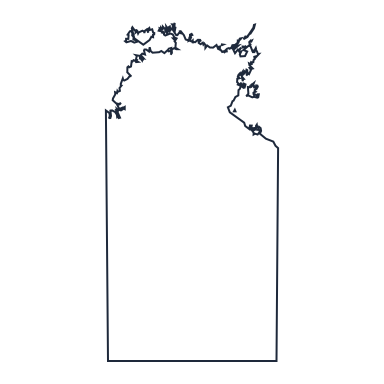 the border of Northern Territory
{"feature_id": "AUS-2650", "entity_name": "Northern Territory", "entity_type": "Territory", "adm_level": 1, "iso_a3": "AUS", "parent_name": "Australia", "parent_adm1": "", "projection": "natural_earth1", "projection_center": [133.869, -18.484], "detail": "fine", "context": "isolated", "style": "outline", "palette": "slate", "viewbox_px": 384, "rotation_deg": 0, "n_neighbors": 0, "source": "natural_earth", "source_scale": "10m", "svg_char_len": 5750}
<svg xmlns="http://www.w3.org/2000/svg" viewBox="0 0 384 384"><path d="M105.9,110.5L109.5,113.1L109.8,116.1L108.9,118.5L110.2,117.3L110.1,118.8L111.0,115.9L110.3,109.8L111.0,111.0L112.1,110.4L115.1,112.0L116.9,114.7L117.2,117.3L118.6,116.6L118.9,118.0L120.0,117.7L117.6,112.2L118.3,109.7L121.0,110.4L123.8,108.6L124.7,109.1L124.7,107.0L121.2,109.4L120.5,109.4L121.2,108.2L119.8,108.8L118.7,107.9L117.2,104.8L119.6,104.4L121.0,103.0L118.7,104.0L116.1,103.3L112.7,100.2L113.0,98.4L115.3,94.3L115.1,92.2L117.0,93.1L117.4,91.0L117.9,91.8L119.9,90.9L119.5,88.1L121.4,85.7L120.8,85.6L120.8,83.8L122.8,78.4L123.3,80.1L124.3,80.5L127.5,78.9L129.8,75.9L131.3,76.4L127.3,72.3L127.4,67.3L128.4,66.4L129.2,67.3L131.0,66.5L131.7,61.2L132.5,61.5L133.5,60.2L134.8,60.8L134.6,59.6L136.1,62.1L138.2,61.9L135.6,60.3L136.7,59.7L136.0,59.2L136.8,56.0L135.9,55.2L139.9,55.9L140.0,59.3L140.4,58.2L142.1,60.5L142.3,59.6L143.5,60.2L141.6,57.7L143.5,58.2L141.8,56.3L140.7,56.2L140.7,55.2L142.3,53.6L145.0,54.5L144.0,50.5L144.5,49.5L146.1,49.5L149.0,51.5L149.7,47.2L150.7,51.1L152.6,52.7L159.1,52.2L161.3,51.0L164.4,53.1L168.1,49.7L168.6,51.3L170.5,51.0L171.4,53.0L170.7,54.7L171.9,52.9L171.7,49.6L174.1,48.2L176.3,49.2L177.8,49.2L175.4,47.7L175.8,42.8L174.6,41.3L176.6,38.4L174.4,37.4L172.7,34.4L170.3,33.5L165.3,35.5L164.0,34.6L164.0,33.1L162.2,32.6L162.8,31.6L158.7,30.7L159.2,29.7L160.1,30.0L159.7,28.3L160.7,28.7L160.9,27.6L162.1,29.4L162.9,28.8L162.9,26.7L164.9,28.9L165.4,28.4L165.3,31.2L165.9,30.6L166.6,32.9L167.1,32.9L166.8,31.6L167.8,31.6L166.8,30.6L166.3,26.5L168.7,29.8L168.5,27.4L169.8,26.5L170.5,30.1L171.8,28.5L172.3,29.0L176.2,35.1L177.4,35.1L179.2,32.7L180.4,33.1L179.9,31.3L180.7,31.2L183.9,35.2L185.7,39.5L187.5,40.1L189.1,39.2L188.7,40.8L190.3,40.0L190.2,40.9L191.7,41.5L192.7,40.5L192.7,43.2L193.2,41.9L195.1,42.2L197.9,39.8L200.1,39.9L200.5,40.7L198.7,41.8L198.7,42.9L200.6,44.2L202.8,42.7L203.4,44.6L204.3,43.5L205.4,45.0L205.4,47.9L207.2,45.5L209.9,47.5L213.1,47.6L216.5,45.0L218.2,49.0L220.3,49.4L222.2,52.0L223.7,51.6L225.1,52.9L224.2,51.3L227.6,51.5L225.2,50.5L227.1,48.7L228.9,48.1L229.7,48.7L231.2,47.6L232.2,48.4L234.6,46.6L232.1,47.5L231.8,46.7L232.4,45.2L235.1,44.9L237.7,42.7L237.8,40.7L238.9,41.2L238.3,42.8L234.7,46.2L238.5,45.5L233.4,49.9L235.0,53.2L237.8,49.6L238.4,50.3L241.1,47.6L238.9,51.0L239.6,52.1L241.3,51.4L239.8,54.3L240.5,56.4L245.0,56.1L247.2,51.5L243.5,50.0L251.0,43.7L249.2,45.9L250.4,46.0L252.9,52.1L254.4,52.1L254.6,51.2L253.2,50.8L254.7,49.9L256.9,51.2L257.9,54.0L259.0,53.9L254.9,58.3L255.6,56.4L254.3,56.8L254.7,59.1L253.6,60.0L253.3,62.2L251.8,62.2L251.8,64.8L250.8,62.9L250.3,64.2L249.1,63.5L249.5,65.3L252.7,68.5L251.2,68.9L250.7,67.8L249.6,68.0L251.0,69.9L249.1,74.0L248.6,73.5L246.2,75.5L247.5,73.7L247.2,70.1L246.5,69.7L246.0,72.3L244.9,71.5L244.8,73.0L243.1,74.5L242.9,71.3L241.1,73.8L241.1,75.6L240.2,73.4L239.2,75.1L239.0,74.3L238.4,75.0L237.8,76.8L239.5,78.2L237.3,78.8L237.1,82.1L238.6,83.7L237.9,84.6L239.5,85.3L240.8,83.3L241.5,83.5L239.9,88.8L238.5,90.1L238.3,95.4L235.4,97.0L233.6,100.6L232.5,101.2L230.8,105.7L227.9,107.3L229.8,112.3L244.2,122.7L245.2,126.0L250.0,129.6L251.3,129.4L253.7,132.8L253.6,134.5L255.0,133.7L257.6,134.5L258.9,132.9L265.9,138.7L273.3,141.6L275.5,145.8L278.1,148.1L276.5,361.0L108.0,361.0L105.9,110.5ZM154.3,33.0L154.2,34.4L153.0,34.8L153.1,37.2L151.4,36.7L149.6,40.0L143.3,44.7L134.3,38.3L131.8,28.3L132.4,27.2L134.7,30.4L136.0,30.2L135.6,32.6L137.4,31.2L138.1,33.5L138.7,32.4L142.5,30.7L144.0,31.5L144.4,33.0L144.9,30.8L146.9,29.3L148.2,32.7L147.9,29.3L149.3,28.0L149.8,30.0L152.2,29.3L153.1,32.5L154.3,33.0ZM258.8,94.3L258.2,97.3L257.3,97.7L254.1,96.8L252.3,97.3L248.2,95.4L246.2,96.2L248.4,93.7L247.9,87.0L249.9,87.3L250.2,86.2L251.4,86.8L252.1,86.0L251.0,84.0L251.9,84.7L253.8,83.1L253.0,85.3L253.9,85.7L254.1,87.4L255.6,87.7L256.2,85.4L257.4,85.6L257.8,86.7L256.4,89.1L254.8,89.8L254.6,91.0L255.6,91.7L253.5,92.7L253.5,93.9L254.1,95.3L255.1,94.4L256.9,95.7L257.6,94.3L258.8,94.3ZM133.4,39.5L136.7,40.5L136.9,41.8L134.3,42.6L131.0,41.0L126.4,42.3L125.1,41.2L126.1,40.7L126.1,38.8L128.3,38.9L128.6,35.1L127.6,34.7L129.9,31.3L131.4,30.9L132.4,33.5L132.2,35.4L133.6,37.0L133.4,39.5ZM172.6,27.3L173.0,25.7L172.2,24.4L173.8,24.5L174.7,23.0L174.4,27.2L175.4,27.6L174.7,31.5L172.6,27.3ZM260.6,128.1L261.1,130.9L260.4,132.5L258.7,129.5L257.8,129.7L259.0,126.8L260.6,128.1ZM254.9,24.6L253.9,28.4L250.4,33.7L249.3,33.8L253.4,27.7L254.0,24.9L254.9,24.6ZM245.5,84.4L244.6,87.6L243.8,87.7L243.4,85.7L243.0,87.4L242.3,86.9L242.2,84.8L243.2,85.3L243.8,83.6L245.5,84.4ZM246.3,37.3L249.3,34.1L247.4,37.0L243.5,39.2L245.3,36.6L246.3,37.3ZM251.7,125.6L251.2,127.7L249.5,127.6L250.0,125.5L251.7,125.6ZM175.1,38.2L175.5,39.2L174.5,39.9L173.0,38.3L175.1,38.2ZM244.8,46.7L246.2,45.9L245.3,47.0L242.6,47.5L242.6,46.5L244.8,46.7ZM252.7,128.4L253.5,129.3L252.6,131.0L251.7,129.5L252.7,128.4ZM255.2,127.9L255.9,128.8L254.8,128.6L255.0,129.7L253.9,130.2L253.9,128.1L255.2,127.9ZM242.8,81.2L241.9,76.7L243.9,79.0L243.0,79.2L242.8,81.2ZM115.5,109.0L117.2,110.9L117.3,112.7L115.5,109.0ZM189.4,37.6L191.8,37.2L189.4,38.6L189.4,37.6ZM239.3,39.6L239.8,38.6L241.2,38.3L240.2,39.6L239.3,39.6ZM257.1,126.7L256.2,127.7L256.0,125.9L256.8,124.7L257.1,126.7ZM191.6,33.9L192.3,35.0L190.0,36.0L190.0,34.7L191.6,33.9ZM234.8,109.8L235.4,111.3L234.0,111.3L234.8,109.8ZM218.1,47.0L219.5,47.7L219.1,48.8L218.1,47.0ZM169.8,48.4L171.2,48.0L171.0,49.2L169.8,48.4ZM251.8,40.5L251.3,41.6L250.1,41.5L250.3,41.2L251.8,40.5ZM117.7,109.6L117.6,110.5L117.1,109.1L117.7,109.6ZM220.1,46.5L219.9,47.4L219.1,46.7L220.1,46.5ZM223.2,44.6L222.0,45.1L221.8,44.9L221.9,44.4L223.2,44.6ZM249.4,43.7L249.3,42.0L249.7,41.6L249.4,43.7ZM255.8,47.9L256.1,49.1L255.9,49.3L255.4,48.6L255.8,47.9Z" fill="none" stroke="#1e293b" stroke-width="2"/></svg>